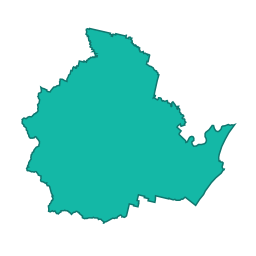 Richmond Valley, New South Wales, Australia, rotated 4°
{"feature_id": "25037944B67552272844427", "entity_name": "Richmond Valley", "entity_type": "district", "adm_level": 2, "iso_a3": "AUS", "parent_name": "Australia", "parent_adm1": "New South Wales", "projection": "albers", "projection_center": [153.029, -29.027], "detail": "fine", "context": "isolated", "style": "filled", "palette": "teal", "viewbox_px": 256, "rotation_deg": 4, "n_neighbors": 0, "source": "geoboundaries", "source_scale": "gbopen_adm2", "svg_char_len": 5739}
<svg xmlns="http://www.w3.org/2000/svg" viewBox="0 0 256 256"><g transform="rotate(4 128 128)"><path d="M221.4,120.3L221.0,122.3L220.4,123.3L218.7,125.1L217.5,125.3L215.9,124.8L215.3,124.1L214.1,122.3L213.2,119.6L211.8,119.6L209.1,124.0L205.9,126.9L205.3,128.2L205.5,131.3L206.7,133.1L207.1,135.0L206.8,136.5L206.1,137.7L205.2,138.4L202.3,139.4L199.5,139.5L197.5,141.2L194.8,141.6L193.2,139.8L192.7,138.0L192.9,137.1L194.5,135.9L194.4,133.6L193.6,132.3L192.3,131.9L190.7,132.5L189.8,133.7L188.2,137.5L187.5,138.2L186.7,138.4L186.6,137.1L185.9,136.3L179.5,131.0L179.4,130.0L181.2,127.2L176.8,123.8L177.4,122.5L179.8,120.3L180.8,122.6L184.5,121.0L184.0,120.0L185.3,118.2L184.1,117.3L184.1,115.8L183.7,115.1L182.0,115.0L181.4,114.5L181.5,113.6L182.7,112.9L182.7,112.0L182.0,111.2L179.8,110.6L179.8,109.7L178.4,108.7L178.3,106.0L178.0,105.3L177.2,104.8L176.0,105.8L175.4,105.2L175.4,104.3L176.8,103.7L177.0,102.8L175.3,103.2L174.1,102.9L173.2,101.3L171.0,98.8L170.1,99.5L169.9,101.1L170.2,103.1L169.6,103.6L169.2,103.1L169.1,101.2L167.2,100.3L165.9,100.1L165.5,98.3L165.1,97.9L162.9,98.9L161.2,98.3L160.4,98.7L159.8,98.1L158.9,96.1L158.0,95.7L156.4,95.7L155.9,97.5L155.3,97.9L151.6,95.8L151.2,96.1L151.3,95.5L152.8,94.8L153.0,93.7L151.8,93.6L152.1,90.3L153.9,78.3L155.1,72.8L153.9,72.6L154.1,71.5L153.7,70.6L152.6,70.1L152.4,69.1L151.7,69.2L149.8,67.9L149.0,66.3L146.4,64.9L145.1,64.9L144.4,64.2L142.0,63.1L142.4,60.2L143.4,60.4L144.5,53.8L143.6,53.2L143.0,53.5L142.5,53.3L142.3,53.6L141.8,52.8L141.2,52.9L140.0,52.2L138.6,52.6L137.9,50.8L137.4,51.3L137.0,50.9L136.1,51.3L134.7,51.1L134.4,50.5L134.6,49.7L133.7,49.2L134.0,47.5L133.5,47.5L133.4,47.0L132.6,47.0L132.5,46.6L131.7,46.6L131.8,46.2L131.1,46.2L130.6,45.6L130.3,45.7L130.3,45.2L129.8,44.7L128.9,45.3L128.7,44.9L128.3,45.1L127.3,43.6L126.8,43.7L126.2,43.1L126.3,42.6L125.6,42.2L126.2,41.7L126.0,40.6L125.2,39.5L124.6,39.4L125.4,38.3L124.8,38.3L124.2,37.4L123.6,37.2L122.5,37.5L122.3,38.7L119.5,38.2L120.0,34.9L119.6,36.5L109.3,34.8L109.2,35.9L106.5,35.5L106.1,37.7L105.0,37.5L105.3,36.1L103.6,35.8L103.8,34.7L82.7,31.4L82.4,32.3L80.8,31.8L79.6,32.4L79.5,33.2L80.2,35.1L79.6,37.4L80.3,37.7L80.7,38.4L81.3,38.5L81.2,39.2L81.7,39.0L82.3,39.4L82.1,40.1L82.9,43.6L83.2,43.9L84.0,43.8L83.9,44.7L84.8,45.1L83.9,46.9L84.1,47.2L84.7,47.2L85.2,47.9L84.5,49.7L86.7,50.8L86.4,52.1L87.4,52.1L88.5,52.6L88.2,53.6L87.6,54.1L88.9,53.9L89.5,54.6L89.3,55.2L89.5,55.9L91.0,56.1L90.4,56.4L90.1,57.2L90.6,58.3L92.3,58.1L92.2,59.1L90.1,59.2L89.9,59.9L89.0,59.6L88.5,60.0L88.0,59.5L87.3,60.2L85.9,60.1L85.7,60.8L84.9,61.0L84.3,62.0L83.7,61.8L82.9,63.4L82.2,63.4L81.9,65.2L79.5,64.2L79.4,65.3L74.8,64.6L74.0,69.7L72.7,69.5L72.4,71.8L71.6,72.0L71.1,70.9L70.2,71.4L69.5,70.8L68.9,71.6L68.3,74.8L67.0,74.6L66.5,78.2L65.1,79.4L65.0,80.6L63.7,83.6L63.8,85.8L61.3,85.1L59.3,84.0L57.0,84.0L56.8,84.8L57.1,85.7L56.5,86.8L56.9,87.7L56.7,90.4L55.7,90.4L53.8,91.1L53.1,92.0L51.0,92.4L48.6,95.8L47.7,97.5L45.1,97.2L44.2,96.3L44.4,95.8L41.4,94.6L39.9,94.4L38.2,93.4L39.0,96.7L38.9,98.2L37.8,99.1L36.6,99.5L36.3,100.1L36.4,101.9L35.9,103.0L36.5,103.3L36.7,104.6L37.9,106.0L37.5,109.4L36.2,111.0L37.0,113.8L36.6,114.8L37.1,116.9L36.7,117.9L35.7,119.1L35.1,119.3L34.8,119.9L33.4,120.6L31.3,123.3L30.6,123.6L29.0,123.5L27.9,123.9L26.8,124.6L26.3,125.5L25.5,125.8L23.5,125.3L21.8,126.9L22.2,127.4L22.0,128.6L22.1,130.7L24.0,132.4L24.0,133.4L26.2,134.8L26.6,135.5L26.7,137.1L27.9,138.0L28.2,140.0L29.6,142.1L29.6,142.9L30.4,144.2L31.2,144.9L34.0,144.7L35.0,144.1L35.3,144.2L35.7,143.4L36.4,143.1L37.4,143.8L38.0,144.8L39.0,145.6L40.0,147.1L40.6,147.5L40.7,149.9L40.3,150.9L40.3,152.3L37.8,153.6L36.2,155.9L35.7,156.8L35.5,158.4L34.3,159.0L34.0,160.7L33.2,161.8L33.5,162.6L33.1,163.8L33.5,165.8L32.4,167.4L32.1,168.5L31.5,169.0L31.3,171.3L30.5,172.8L30.5,173.6L31.3,173.9L30.2,174.4L29.7,175.6L30.0,175.8L30.3,177.4L30.7,177.6L32.2,177.5L35.0,178.5L35.8,178.2L37.5,178.6L38.2,178.0L39.5,178.0L41.5,180.3L41.8,181.2L44.6,182.0L44.6,183.7L44.8,184.3L44.4,186.0L44.7,186.9L45.3,187.4L47.4,187.7L49.3,188.8L50.7,188.5L50.5,189.3L51.5,191.2L52.8,191.0L53.9,191.9L56.1,198.3L57.6,200.6L57.1,200.5L56.9,201.4L58.2,203.7L57.7,205.6L56.9,205.6L56.1,208.4L55.3,209.0L55.0,210.5L54.0,211.3L54.7,214.6L54.6,216.6L56.3,217.1L58.4,215.8L59.1,216.4L59.8,216.5L60.9,215.9L62.7,218.3L63.8,218.2L64.4,218.6L65.8,217.1L67.0,216.4L67.0,215.2L70.0,214.9L70.7,214.4L71.4,214.8L73.6,214.8L73.9,215.3L75.1,215.7L75.3,216.4L76.2,216.5L77.6,218.1L79.5,216.0L81.0,215.7L82.1,214.7L83.6,215.0L84.5,216.0L85.3,215.9L85.7,216.9L88.8,219.1L88.6,219.5L88.8,220.7L91.0,221.5L92.6,221.0L93.3,221.2L95.2,220.3L98.8,220.2L99.6,219.5L100.8,220.0L103.6,219.9L104.4,220.2L104.9,221.3L105.9,220.9L107.6,221.0L108.0,221.6L110.3,223.3L110.5,223.8L110.2,224.5L110.5,224.6L111.5,223.3L112.8,223.0L119.1,219.0L120.9,219.2L121.7,218.6L123.3,218.6L123.8,217.2L126.5,215.3L127.1,215.4L128.2,216.6L128.2,217.1L129.0,216.8L130.4,217.4L131.7,216.7L132.6,215.7L134.6,203.6L139.1,204.3L139.0,205.2L143.4,205.9L144.0,202.4L143.7,202.4L144.0,200.0L142.1,199.7L143.1,193.9L149.4,195.0L149.1,196.3L153.4,197.0L153.1,199.2L160.0,200.3L160.3,197.5L160.2,193.7L173.6,195.9L173.8,195.2L175.1,195.8L178.1,196.5L179.8,195.9L180.4,196.5L181.8,196.7L184.9,196.4L186.4,195.1L187.6,195.2L189.7,193.1L190.2,193.2L200.9,200.5L204.5,194.0L208.0,189.1L209.5,185.4L215.0,176.6L219.1,171.5L224.1,166.6L225.7,163.7L226.8,162.9L226.9,162.3L225.7,162.4L224.7,160.7L224.6,159.5L225.2,158.0L224.9,157.6L225.4,156.3L224.4,155.4L223.4,155.5L221.7,154.9L221.8,154.4L221.3,154.6L221.0,154.4L220.5,150.9L220.8,148.0L222.8,139.9L225.7,132.6L228.9,125.7L234.2,117.2L232.9,117.8L231.4,117.6L229.6,118.2L227.8,117.5L224.7,119.0L222.2,119.5L221.4,120.3Z" fill="#14b8a6" stroke="#0f766e" stroke-width="1.5"/></g></svg>